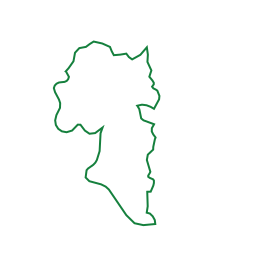 the District of Ștefan Vodă, rotated 53°
{"feature_id": "MDA-1651", "entity_name": "Ștefan Vodă", "entity_type": "District", "adm_level": 1, "iso_a3": "MDA", "parent_name": "Moldova", "parent_adm1": "", "projection": "natural_earth1", "projection_center": [29.727, 46.532], "detail": "fine", "context": "isolated", "style": "outline", "palette": "green", "viewbox_px": 256, "rotation_deg": 53, "n_neighbors": 0, "source": "natural_earth", "source_scale": "10m", "svg_char_len": 1460}
<svg xmlns="http://www.w3.org/2000/svg" viewBox="0 0 256 256"><g transform="rotate(53 128 128)"><path d="M160.4,120.9L161.2,128.2L164.9,132.2L176.4,136.5L176.9,137.3L178.2,140.5L179.1,141.2L180.8,140.7L184.0,138.9L185.5,138.9L187.5,140.4L189.2,142.4L192.5,148.2L190.5,151.0L202.4,159.4L206.9,164.0L209.5,162.0L213.4,161.4L217.6,162.0L221.1,164.0L214.8,174.2L208.0,180.1L196.6,181.8L165.6,180.3L161.4,181.1L156.8,183.4L147.2,190.9L142.0,191.6L136.8,186.5L136.3,184.3L136.5,177.9L136.0,174.9L134.8,172.1L129.4,164.6L115.7,153.1L112.3,148.0L112.3,157.3L109.4,162.2L104.1,164.0L96.8,164.0L95.1,166.1L96.4,174.2L94.4,179.6L90.9,182.8L86.7,184.2L82.2,183.8L78.1,181.6L74.6,177.4L71.0,170.2L67.3,167.2L63.7,166.0L55.5,164.7L51.5,163.2L50.0,160.9L49.6,158.4L50.1,155.8L51.6,153.2L53.0,150.9L53.5,148.6L53.0,146.4L51.6,144.4L45.5,143.5L45.3,143.6L44.5,139.5L41.9,131.4L36.0,125.0L34.9,118.8L37.9,112.8L37.9,108.0L38.3,103.4L45.0,97.7L52.4,93.6L56.9,94.8L61.3,95.5L64.7,90.1L67.6,84.6L71.9,84.6L75.7,83.4L77.0,74.1L74.9,64.4L81.4,68.0L86.9,72.7L96.1,74.7L99.9,80.1L100.0,80.1L104.8,79.9L107.4,80.2L107.5,80.3L108.6,81.1L109.5,83.9L111.6,83.9L114.0,82.7L115.8,82.1L121.3,83.6L123.8,85.9L128.3,95.7L124.7,97.2L121.0,99.5L117.8,102.8L115.8,107.2L116.0,107.2L119.7,107.6L128.3,111.7L131.2,111.0L140.7,104.9L140.8,105.1L142.5,109.1L145.1,111.1L148.3,111.7L152.2,111.7L152.3,111.8L153.0,113.1L158.3,119.2L160.4,120.9Z" fill="none" stroke="#15803d" stroke-width="2"/></g></svg>